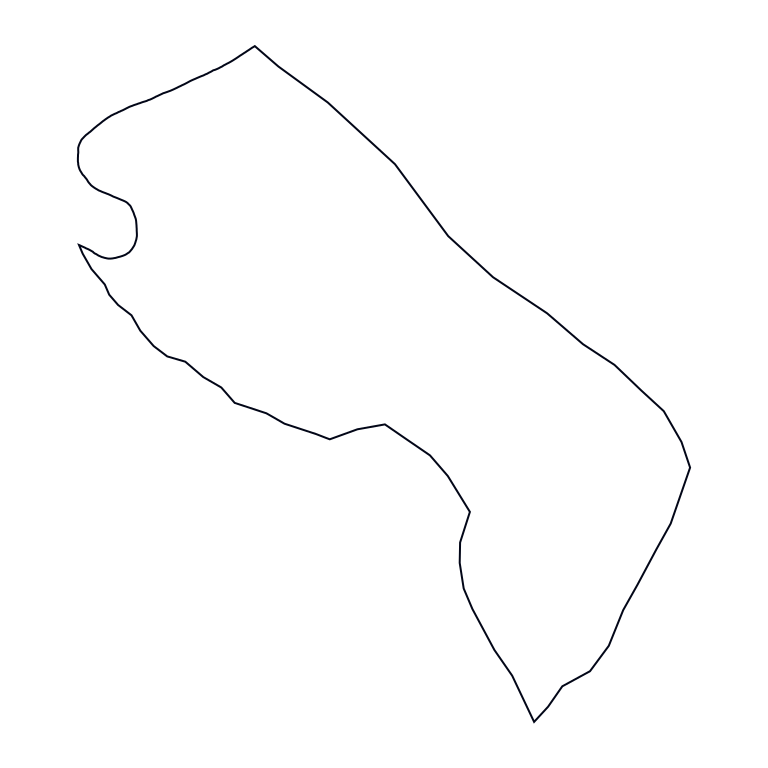 Changsong, P'yŏngan-bukto, North Korea
{"feature_id": "82179303B23970649452661", "entity_name": "Changsong", "entity_type": "district", "adm_level": 2, "iso_a3": "PRK", "parent_name": "North Korea", "parent_adm1": "P'yŏngan-bukto", "projection": "equal_earth", "projection_center": [125.074, 40.388], "detail": "fine", "context": "isolated", "style": "outline", "palette": "ink", "viewbox_px": 768, "rotation_deg": 0, "n_neighbors": 0, "source": "geoboundaries", "source_scale": "gbopen_adm2", "svg_char_len": 3658}
<svg xmlns="http://www.w3.org/2000/svg" viewBox="0 0 768 768"><path d="M254.8,46.1L254.6,46.2L253.8,46.8L252.3,47.6L250.7,48.7L248.8,50.0L246.9,51.2L245.5,52.2L244.0,53.1L242.7,54.0L241.3,54.9L240.0,55.7L238.6,56.7L237.1,57.7L235.6,58.7L234.0,59.7L232.6,60.6L230.9,61.6L229.5,62.4L228.4,63.0L227.1,63.6L225.5,64.5L223.7,65.4L222.1,66.5L220.4,67.3L218.6,68.3L216.8,69.1L215.1,69.8L213.3,70.3L212.9,70.5L212.2,71.0L210.6,71.9L208.9,72.7L207.2,73.7L205.4,74.4L203.5,75.4L201.8,76.0L200.3,76.6L198.7,77.3L196.8,78.1L195.3,78.8L193.6,79.5L191.8,80.3L190.3,81.0L189.2,81.6L187.2,82.7L185.3,83.7L183.7,84.5L182.1,85.2L180.6,86.0L178.6,86.9L177.1,87.7L175.4,88.5L173.5,89.4L171.9,90.1L170.3,90.8L168.6,91.4L167.0,92.0L165.5,92.5L164.7,92.8L163.3,93.2L161.7,94.0L160.2,94.7L158.9,95.3L157.5,96.0L156.0,96.6L154.8,97.3L153.4,98.0L152.0,98.7L150.0,99.6L148.3,100.1L146.7,100.9L145.1,101.4L143.3,101.9L141.5,102.5L140.0,103.1L138.3,103.6L136.8,104.2L135.2,104.7L133.7,105.2L132.3,105.8L130.8,106.3L129.5,106.8L127.9,107.6L126.3,108.4L125.2,109.0L124.0,109.6L122.4,110.4L121.1,110.9L119.8,111.6L118.6,112.0L117.2,112.8L115.9,113.4L114.8,113.8L113.6,114.4L112.6,114.9L111.1,115.6L109.7,116.6L108.1,117.5L106.7,118.5L105.5,119.3L104.2,120.3L102.9,121.2L101.7,122.2L100.5,123.2L99.1,124.3L97.6,125.4L96.3,126.5L95.2,127.4L94.4,128.0L93.3,129.0L92.2,130.0L91.2,130.9L90.2,131.8L88.9,132.7L87.9,133.6L86.8,134.4L85.9,135.1L85.0,136.0L84.2,136.8L83.3,137.8L82.6,138.5L81.8,139.4L81.3,140.1L80.8,141.1L80.3,142.2L79.7,143.4L79.2,144.6L78.8,145.7L78.5,146.8L78.2,147.8L78.2,149.5L78.2,150.7L78.3,152.1L78.2,153.4L78.0,154.9L78.0,156.3L77.9,158.0L77.9,159.9L77.9,161.6L78.2,163.2L78.2,164.4L78.4,165.3L78.6,166.2L78.9,167.4L79.3,168.5L79.7,169.6L80.3,170.8L80.8,171.6L81.5,172.7L82.3,174.1L83.1,175.1L84.1,176.0L84.9,177.1L85.8,178.2L86.7,179.3L87.5,180.6L88.1,181.7L89.2,183.1L90.1,184.1L90.9,185.1L92.2,186.2L94.0,187.5L95.5,188.5L97.1,189.4L98.7,190.4L100.5,191.1L102.0,191.8L103.5,192.4L105.2,193.0L106.9,193.7L108.3,194.2L109.9,194.9L111.6,195.7L113.3,196.6L115.2,197.3L117.0,198.0L118.9,198.8L121.0,199.7L123.0,200.5L124.8,201.3L126.1,202.0L127.5,203.0L128.6,204.2L129.7,205.2L130.4,206.0L130.9,206.9L131.6,208.4L132.3,210.0L133.0,211.4L133.7,213.1L134.2,214.7L134.8,216.3L135.3,217.6L135.8,219.1L136.1,220.8L136.3,223.1L136.5,225.4L136.6,227.6L136.7,228.8L136.7,230.4L136.8,232.2L136.9,234.1L136.9,236.1L136.6,237.8L136.3,239.5L135.8,241.0L135.3,242.7L134.8,244.1L134.4,245.2L133.7,246.4L132.9,247.6L132.1,248.9L131.1,250.1L130.2,251.2L129.1,252.4L127.9,253.1L126.6,254.0L125.5,254.7L124.1,255.3L122.8,255.8L121.6,256.2L120.0,256.7L118.3,257.1L116.9,257.5L115.6,257.9L114.2,258.1L112.7,258.4L110.7,258.6L109.9,258.6L108.5,258.6L107.1,258.4L105.8,258.1L104.4,257.8L103.2,257.4L102.0,257.1L100.8,256.6L99.5,256.0L98.5,255.6L97.3,254.8L96.0,254.0L95.0,253.6L93.6,252.6L92.9,251.8L91.5,251.0L90.3,250.3L89.2,249.7L87.8,249.0L86.2,248.4L84.8,247.6L83.4,247.0L82.3,246.5L81.0,245.9L79.5,245.2L79.0,245.0L82.7,253.7L91.5,269.1L104.8,284.5L109.2,294.7L118.1,305.0L131.5,315.3L140.3,330.7L153.7,346.1L167.2,356.4L185.3,361.7L203.3,377.1L221.3,387.5L234.7,402.9L266.4,413.3L284.5,423.7L316.2,434.1L326.0,437.9L329.8,439.3L357.4,429.3L384.9,424.4L407.4,439.9L430.0,455.4L447.8,476.0L469.9,511.9L460.1,542.5L459.7,562.9L463.7,588.5L472.4,609.0L494.4,650.0L512.2,675.7L534.1,721.9L548.1,706.7L562.3,686.3L590.0,671.2L608.8,645.8L623.2,610.1L637.5,584.7L656.5,549.1L670.7,523.6L690.1,467.6L681.5,442.0L663.8,411.2L641.4,390.6L614.5,364.9L583.0,344.2L547.1,313.3L493.0,277.2L448.2,236.1L395.0,164.2L327.8,102.5L278.4,66.5L254.8,46.1Z" fill="none" stroke="#020617" stroke-width="2"/></svg>